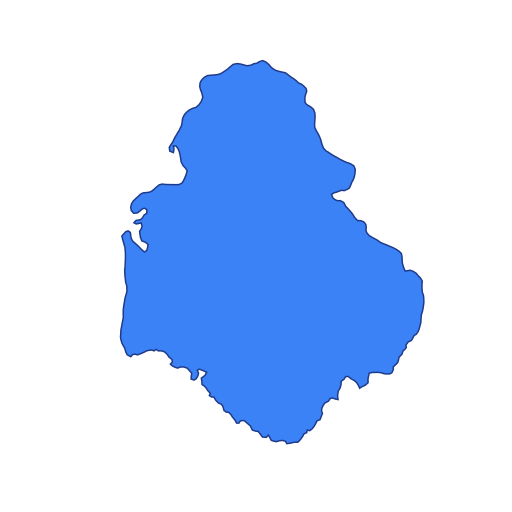 Pintópolis, Minas Gerais, Brazil, rotated 164°
{"feature_id": "56859067B18460056195803", "entity_name": "Pintópolis", "entity_type": "district", "adm_level": 2, "iso_a3": "BRA", "parent_name": "Brazil", "parent_adm1": "Minas Gerais", "projection": "robinson", "projection_center": [-45.235, -16.058], "detail": "fine", "context": "isolated", "style": "filled", "palette": "blue", "viewbox_px": 512, "rotation_deg": 164, "n_neighbors": 0, "source": "geoboundaries", "source_scale": "gbopen_adm2", "svg_char_len": 5144}
<svg xmlns="http://www.w3.org/2000/svg" viewBox="0 0 512 512"><g transform="rotate(164 256 256)"><path d="M157.5,106.4L155.3,109.0L154.5,111.7L152.2,112.8L149.3,114.4L147.7,116.7L146.4,119.3L142.7,121.4L140.9,124.2L138.8,125.1L136.8,126.6L136.3,129.2L133.5,131.4L129.9,132.0L127.8,134.0L126.0,135.9L123.4,136.7L121.3,138.4L119.2,141.0L117.2,144.4L115.8,146.9L114.7,150.1L113.4,153.6L110.8,157.7L109.2,161.0L107.5,164.9L106.5,168.7L105.9,172.0L106.1,175.4L105.3,179.4L104.2,183.2L103.1,186.0L104.0,189.6L105.6,192.4L106.7,195.1L108.8,197.6L111.7,199.8L116.8,200.4L117.3,204.9L117.3,208.6L116.7,211.6L115.8,215.2L115.6,218.4L117.2,221.2L119.6,224.0L122.4,226.6L125.1,228.7L127.6,230.8L130.0,232.6L132.6,234.7L135.0,237.8L137.4,240.1L139.4,242.1L141.6,244.5L143.0,247.5L143.3,250.1L142.2,253.0L141.7,256.1L143.1,259.2L145.6,261.1L148.6,262.1L150.5,265.7L151.5,269.3L152.4,271.7L154.2,275.5L156.1,279.1L156.9,283.2L159.6,285.9L162.6,286.8L164.5,288.4L166.0,290.4L166.5,294.4L163.4,295.2L161.1,295.2L158.4,295.4L155.7,295.6L153.1,294.5L150.1,294.9L147.6,295.5L145.6,297.8L143.8,300.2L141.9,302.1L140.2,304.2L138.3,307.6L136.7,311.8L137.1,315.7L139.8,318.7L141.9,320.2L143.8,321.5L146.6,324.0L149.0,326.2L150.9,328.2L153.5,330.8L156.1,333.6L157.8,335.8L159.7,337.6L161.4,341.1L161.8,345.0L161.7,349.8L162.1,353.7L162.6,356.3L163.5,359.8L164.1,363.6L163.3,366.7L162.3,369.4L160.9,373.4L160.0,377.1L160.3,381.1L162.0,383.9L163.7,385.7L165.6,387.7L166.5,390.1L165.9,392.7L165.1,395.4L163.4,398.2L161.8,400.4L161.7,403.2L163.0,405.7L164.9,408.6L167.5,410.7L168.9,413.3L171.0,416.1L173.4,418.8L175.3,421.5L177.3,424.1L179.7,425.3L183.1,427.2L185.9,429.0L187.7,430.9L189.5,433.4L190.9,436.6L193.0,439.7L195.7,442.0L199.1,441.9L201.9,441.1L205.2,441.4L208.5,440.8L212.4,441.4L215.3,443.2L217.8,444.7L221.2,446.2L225.1,446.5L228.4,445.1L231.8,443.5L234.7,442.5L237.5,441.6L240.3,440.9L244.1,441.1L247.5,441.8L250.6,442.4L253.1,442.8L256.8,441.9L260.2,439.8L262.0,437.9L263.4,434.4L263.5,430.9L263.1,427.7L263.4,423.2L266.1,419.6L269.1,417.1L272.7,415.4L276.2,415.4L279.7,414.8L283.2,413.3L285.5,411.9L287.5,409.9L289.0,407.7L290.3,404.6L291.8,401.7L293.5,399.9L295.3,397.8L297.1,396.3L298.9,394.5L301.0,392.6L302.7,390.8L304.3,388.9L306.8,386.7L309.4,384.4L310.0,380.6L306.9,378.2L305.4,381.3L305.0,384.5L302.6,383.8L301.4,380.8L301.0,377.3L301.1,374.5L301.4,371.2L302.0,367.2L301.2,363.0L299.7,360.1L298.6,357.0L301.1,353.0L303.7,349.8L305.5,347.8L307.4,346.4L310.2,345.9L312.9,346.5L315.5,347.3L319.2,348.4L322.7,349.5L326.4,351.0L329.4,351.1L332.2,349.9L335.3,348.4L338.0,347.2L340.7,346.7L344.0,347.2L347.2,347.8L350.2,347.2L352.3,346.0L355.3,344.6L359.1,342.5L361.2,340.5L363.0,337.4L363.4,334.2L361.8,330.8L358.1,330.1L355.2,331.2L352.2,332.7L349.8,332.6L348.2,330.6L349.2,327.2L352.3,326.2L354.2,324.3L356.4,322.9L359.1,322.9L361.5,323.3L364.2,321.6L362.3,319.8L357.2,319.4L357.4,315.7L359.0,313.6L361.1,311.8L361.6,308.9L361.9,305.9L361.6,302.0L358.4,299.6L356.6,296.8L358.1,293.6L359.5,291.5L362.2,290.6L364.3,293.9L366.4,297.9L368.1,300.7L370.4,304.2L371.1,307.2L370.8,309.9L370.3,313.3L372.0,315.4L374.4,315.3L377.0,313.7L379.4,312.2L379.6,308.9L379.6,304.3L379.6,300.4L380.1,297.9L380.7,294.9L381.4,292.4L382.2,289.6L383.4,286.0L384.8,281.8L386.0,279.0L386.8,275.9L387.5,272.7L388.0,269.5L388.5,267.0L388.5,262.7L389.7,257.8L391.6,254.6L393.5,251.6L394.9,248.6L396.6,245.1L398.3,241.2L399.5,237.2L400.5,233.5L402.0,230.5L403.6,227.4L404.7,225.1L406.2,222.2L407.6,218.1L408.6,215.4L408.9,212.5L408.9,209.4L408.4,206.8L407.6,203.4L407.6,199.5L407.0,196.5L404.1,193.7L401.7,195.3L399.1,194.9L397.2,193.6L393.8,193.9L390.4,194.3L387.2,195.0L384.4,194.8L382.1,194.3L380.1,192.9L377.8,193.8L376.1,191.8L373.0,190.9L370.3,189.0L368.5,186.0L367.5,182.8L365.3,179.7L365.7,177.0L368.1,175.7L366.8,173.5L364.4,171.3L362.3,169.9L359.0,170.1L355.9,169.2L353.0,167.1L351.6,164.2L350.1,161.0L351.4,158.1L352.3,155.6L349.7,153.8L347.5,154.4L345.0,156.7L343.5,159.3L343.9,162.4L341.6,162.8L338.5,160.5L335.5,157.8L338.1,155.2L342.2,153.7L342.7,149.9L343.3,147.3L341.6,145.4L340.4,143.1L339.4,139.8L337.8,136.6L339.3,134.7L337.7,132.8L335.3,131.9L334.6,128.8L332.7,125.1L330.3,123.2L329.3,120.7L329.3,116.3L327.6,114.1L325.3,113.2L323.9,110.7L323.0,107.6L321.5,104.2L320.7,100.7L318.4,100.1L316.4,101.9L312.8,101.1L310.6,97.8L308.3,94.3L307.5,89.7L304.7,87.8L302.2,86.7L301.1,83.9L299.7,80.2L296.1,78.8L293.5,80.4L292.8,77.8L292.1,74.5L289.9,73.1L287.5,71.9L284.9,72.0L281.6,71.5L278.8,69.9L278.1,67.1L274.4,66.6L270.4,66.4L267.0,65.5L263.9,67.3L261.0,69.6L258.9,71.8L256.0,72.2L254.7,74.5L252.5,73.3L249.9,74.3L247.5,75.9L245.4,77.9L242.6,80.8L239.6,81.0L238.0,83.1L235.5,86.4L235.7,89.0L234.7,91.4L233.2,93.3L230.4,95.7L226.4,96.5L223.9,98.6L221.5,98.5L219.3,96.7L216.7,95.4L216.1,99.2L214.3,103.3L211.4,106.1L209.7,109.0L208.6,112.2L205.5,113.2L203.0,115.4L200.4,114.7L198.5,111.8L196.0,109.4L194.2,106.7L193.3,103.7L192.8,100.3L190.0,101.2L186.8,101.6L183.2,103.3L182.3,106.8L180.9,109.6L179.4,112.2L176.4,112.0L173.7,111.3L171.0,110.6L167.9,109.3L165.6,107.7L162.6,106.5L159.7,105.8L157.5,106.4Z" fill="#3b82f6" stroke="#1e3a8a" stroke-width="1.5"/></g></svg>